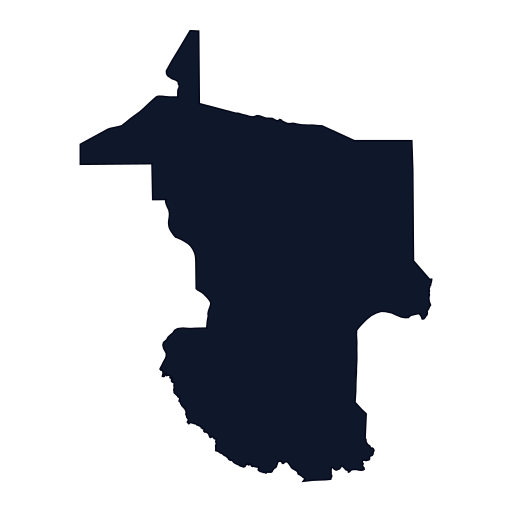 outline of Ou Chrov, Bântéay Méanchey, Cambodia
{"feature_id": "14789045B98105174754814", "entity_name": "Ou Chrov", "entity_type": "district", "adm_level": 2, "iso_a3": "KHM", "parent_name": "Cambodia", "parent_adm1": "Bântéay Méanchey", "projection": "albers", "projection_center": [102.796, 13.654], "detail": "fine", "context": "isolated", "style": "filled", "palette": "ink", "viewbox_px": 512, "rotation_deg": 0, "n_neighbors": 0, "source": "geoboundaries", "source_scale": "gbopen_adm2", "svg_char_len": 6102}
<svg xmlns="http://www.w3.org/2000/svg" viewBox="0 0 512 512"><path d="M372.5,448.1L371.7,448.5L371.1,448.0L370.1,446.9L369.5,445.6L368.3,445.1L367.7,444.5L366.9,443.3L366.1,442.4L365.9,439.4L365.1,438.6L366.2,413.8L361.8,409.7L355.0,402.3L355.7,391.6L355.8,385.8L356.0,378.9L356.4,372.7L356.4,368.4L356.8,359.8L356.8,355.0L356.7,349.1L356.8,342.0L356.4,334.6L356.6,330.2L359.0,327.1L362.1,323.7L366.3,319.4L371.2,315.5L376.2,312.9L381.2,311.3L385.3,311.5L391.7,312.8L396.0,314.8L401.0,316.9L404.9,317.6L408.3,317.5L410.7,315.4L413.4,314.7L417.4,313.8L419.4,313.7L421.3,316.4L422.2,319.0L423.7,318.9L424.7,317.9L425.4,317.0L425.8,316.1L427.0,314.8L427.2,314.0L427.3,312.5L427.0,311.4L427.9,309.7L428.5,309.0L429.2,307.3L429.7,306.2L430.5,305.2L430.3,304.2L429.7,303.0L429.1,301.0L428.9,298.6L428.9,297.1L429.4,295.0L429.1,293.0L429.0,292.1L429.4,291.3L429.3,290.1L429.0,288.9L429.4,287.7L429.8,286.7L429.9,285.9L430.6,285.2L430.7,284.1L431.2,282.2L431.6,280.4L431.7,279.2L431.0,279.1L430.3,279.6L429.6,279.4L413.5,260.8L413.3,241.5L412.8,170.6L411.8,140.7L354.4,140.7L322.1,125.9L317.0,125.6L315.4,125.4L312.0,125.1L309.0,125.2L304.1,125.0L301.6,124.9L296.7,124.1L294.9,123.6L292.9,123.3L290.6,123.6L287.7,123.6L285.4,122.7L283.8,121.9L282.3,121.3L281.4,120.1L279.7,119.5L279.0,120.2L277.8,120.8L275.8,120.4L274.3,119.5L272.2,118.4L268.8,118.3L265.9,118.2L259.8,116.0L257.0,115.6L254.3,116.7L252.1,116.9L248.9,116.3L246.2,115.4L243.6,114.9L240.9,114.1L238.4,113.3L236.1,113.2L235.3,113.1L199.3,103.6L198.7,31.1L190.1,30.7L181.1,45.8L179.2,49.0L171.7,61.3L166.4,70.9L166.6,73.8L167.8,75.8L171.9,78.6L174.7,79.6L176.0,80.2L176.9,80.9L177.9,81.2L178.3,82.1L178.2,82.9L178.5,84.2L179.3,85.6L179.1,87.4L178.0,89.8L177.8,92.8L177.8,97.0L169.5,97.0L165.6,96.7L162.5,96.3L158.5,96.2L156.5,96.8L153.7,99.2L150.4,102.2L143.3,108.9L139.6,112.1L134.6,115.7L130.0,119.1L126.7,121.9L121.7,125.8L118.0,126.8L110.7,128.3L108.2,129.1L90.2,138.9L80.3,144.3L80.3,164.3L152.0,163.7L152.7,199.6L165.9,199.5L165.6,201.5L166.3,204.2L167.4,206.9L168.9,210.0L169.5,213.4L169.4,216.6L169.0,219.1L168.6,222.4L168.8,225.0L169.3,227.6L170.2,229.6L171.5,231.8L172.5,233.2L173.5,234.7L175.6,237.1L177.7,237.8L181.3,239.4L184.7,241.3L188.0,243.4L190.5,245.7L192.6,248.6L193.7,250.7L194.7,253.0L195.3,255.2L195.7,257.7L195.8,260.1L195.9,262.4L196.2,288.6L197.8,290.0L201.5,292.1L204.0,294.0L205.2,295.4L206.7,296.8L207.9,298.2L209.1,299.7L210.1,301.2L210.8,302.7L210.8,303.9L210.2,306.3L209.2,309.0L208.5,311.1L208.0,313.8L208.3,315.9L207.5,320.2L207.2,322.6L206.7,328.2L206.0,328.1L195.8,328.3L190.1,328.6L182.6,328.1L177.6,328.7L174.7,330.3L173.0,332.9L170.1,335.3L168.1,337.2L166.7,339.8L163.6,342.4L162.9,345.0L163.7,348.4L165.1,351.0L166.3,353.2L166.3,356.2L165.3,358.9L163.5,362.0L162.1,365.0L161.0,367.0L160.0,369.0L161.0,370.2L162.0,370.3L162.6,370.8L163.0,372.3L163.0,373.0L163.0,373.9L162.7,375.0L162.3,376.2L163.1,376.6L164.4,376.3L164.7,375.6L165.0,374.8L164.5,373.9L165.7,373.4L165.9,374.9L166.6,375.6L167.8,375.2L168.7,375.1L169.8,375.8L170.3,376.4L170.4,377.1L170.0,377.7L170.5,378.1L171.5,378.0L172.5,378.2L172.1,378.9L171.5,379.5L171.5,381.2L172.5,382.2L173.6,382.4L174.2,383.4L174.2,384.4L173.9,385.3L174.0,386.0L174.3,387.3L174.0,388.5L173.8,390.3L174.1,391.4L174.2,392.8L176.3,394.7L177.5,395.8L177.8,396.6L178.4,397.0L179.2,397.5L179.6,398.0L179.7,398.8L179.5,399.7L179.1,400.5L179.2,401.4L179.9,401.7L180.5,402.4L180.7,403.5L181.6,405.0L182.0,405.9L182.7,406.2L183.1,407.0L183.9,407.6L184.4,408.5L185.4,409.6L186.1,411.7L186.7,412.6L186.0,413.0L185.9,414.4L186.2,415.1L186.7,416.0L186.7,417.1L187.4,418.0L188.2,419.0L188.2,420.5L187.9,421.2L187.4,421.9L187.5,422.6L188.3,423.0L188.9,423.7L189.5,423.0L190.1,422.7L190.9,422.6L192.5,423.0L194.2,423.6L195.9,423.8L197.0,425.0L198.3,425.3L200.2,426.2L201.0,426.7L201.3,427.8L202.1,428.1L202.9,428.8L204.0,428.8L204.1,429.6L203.8,431.1L204.5,432.0L205.8,432.0L207.6,432.8L208.8,434.2L209.7,436.9L210.4,437.5L211.2,437.1L212.0,436.6L212.7,436.7L213.2,437.3L214.3,438.6L215.7,439.0L216.1,439.7L215.8,441.5L215.9,442.4L216.5,443.4L216.2,444.4L215.7,445.3L215.7,446.4L215.8,447.7L215.8,449.3L215.7,450.6L216.5,450.9L217.5,451.0L218.8,451.8L219.6,452.2L220.4,453.0L222.1,453.4L223.2,454.5L224.2,455.3L225.4,455.9L226.1,456.0L226.6,456.8L227.6,457.4L228.1,458.1L228.7,459.2L229.5,459.9L230.4,460.2L231.4,460.1L232.6,460.8L233.1,461.4L233.7,462.3L235.1,463.2L237.5,464.4L238.9,464.8L239.5,465.5L240.4,466.0L242.4,466.4L243.2,467.0L244.6,466.7L245.4,465.9L245.6,465.2L246.2,464.5L247.7,464.0L248.1,464.6L248.8,465.0L249.9,464.0L250.8,464.7L251.3,465.4L251.5,466.0L252.5,466.5L253.6,466.2L254.4,466.5L255.3,466.5L256.2,467.0L257.1,467.0L258.6,467.2L258.8,468.3L258.3,469.0L258.2,469.9L259.2,470.8L260.2,471.5L261.0,471.5L261.9,471.9L264.1,472.6L265.1,472.4L266.0,473.1L266.5,472.3L267.4,472.1L268.5,472.2L269.7,472.1L270.6,472.2L271.6,472.0L272.1,471.4L272.8,469.9L273.4,469.4L273.8,468.6L275.9,467.3L276.4,466.3L276.8,465.0L277.4,463.4L277.4,462.5L278.7,461.4L279.7,461.2L281.2,461.3L282.5,463.4L283.6,463.3L284.1,462.4L285.3,461.9L286.8,461.6L288.0,462.5L289.0,463.8L290.1,465.3L290.9,466.7L291.7,467.8L293.0,468.8L294.3,469.5L295.9,470.4L297.3,471.4L297.8,472.6L298.2,474.0L300.2,475.0L301.8,476.1L303.0,477.2L304.3,478.0L305.0,478.8L303.1,481.3L312.6,480.2L317.5,480.0L325.9,479.7L330.7,479.2L331.0,478.1L331.5,477.0L331.8,475.7L331.0,474.6L331.1,473.6L331.1,471.9L331.0,470.3L331.2,469.0L331.3,467.8L332.3,467.1L333.3,468.1L334.4,469.2L336.1,470.1L337.5,469.6L339.5,468.8L340.6,467.4L341.3,465.9L342.6,466.2L343.6,467.3L344.7,468.3L345.5,469.4L346.2,470.0L348.0,470.1L348.4,472.1L349.7,471.7L350.7,470.2L352.5,469.6L353.6,469.4L354.7,469.5L356.4,469.4L358.1,469.9L359.9,470.1L361.4,470.3L363.3,469.9L364.2,469.3L364.0,467.9L362.9,466.6L362.5,465.5L362.8,464.5L363.2,463.8L362.2,462.3L362.3,461.0L363.6,459.9L365.1,460.4L366.5,460.5L367.1,459.9L367.7,460.2L369.0,459.8L369.6,458.9L369.5,457.8L369.5,457.0L369.7,456.3L371.0,455.8L372.3,455.2L373.0,454.1L373.1,452.7L374.0,450.4L373.7,449.5L373.3,448.8L372.5,448.1Z" fill="#0f172a" stroke="#020617" stroke-width="1.5"/></svg>